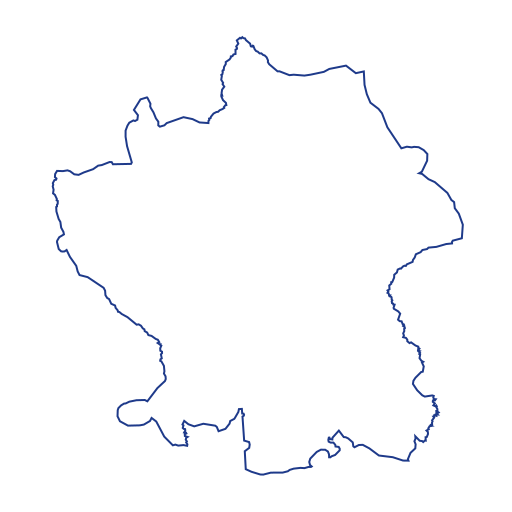 Wa Municipal, Upper West, Ghana (Natural Earth projection), rotated 272°
{"feature_id": "2480657B26357719954092", "entity_name": "Wa Municipal", "entity_type": "district", "adm_level": 2, "iso_a3": "GHA", "parent_name": "Ghana", "parent_adm1": "Upper West", "projection": "natural_earth1", "projection_center": [-2.475, 10.039], "detail": "fine", "context": "isolated", "style": "outline", "palette": "blue", "viewbox_px": 512, "rotation_deg": 272, "n_neighbors": 0, "source": "geoboundaries", "source_scale": "gbopen_adm2", "svg_char_len": 5969}
<svg xmlns="http://www.w3.org/2000/svg" viewBox="0 0 512 512"><g transform="rotate(272 256 256)"><path d="M334.1,54.2L330.9,52.4L327.8,52.3L326.5,53.9L325.3,53.6L324.8,51.9L321.7,50.4L320.1,50.9L318.6,50.4L315.2,51.4L311.5,51.0L310.1,52.9L306.0,55.0L304.7,54.8L304.1,56.0L301.2,56.0L300.3,55.3L298.6,55.4L298.0,54.6L293.5,55.0L286.1,57.5L283.2,59.3L277.5,60.3L273.4,62.7L270.9,63.3L267.9,58.7L264.4,56.8L263.1,56.6L256.1,58.6L253.9,61.0L253.7,62.5L253.9,64.5L255.4,66.5L248.6,70.1L239.9,76.7L234.4,78.3L230.8,80.3L229.0,88.5L218.9,104.8L216.1,106.4L211.6,106.9L208.9,108.7L207.8,110.7L203.2,113.0L201.6,116.9L199.3,117.5L196.8,119.7L195.5,120.0L195.2,121.5L193.3,123.9L190.4,129.7L183.2,139.1L183.6,141.1L182.3,143.5L179.7,145.4L178.8,147.0L177.0,147.4L175.7,149.9L173.2,151.2L172.5,154.4L169.6,158.7L168.9,160.8L166.6,162.3L165.6,160.8L164.4,162.7L164.5,163.7L163.5,163.7L163.1,164.5L160.5,163.5L158.0,163.7L157.1,165.4L155.6,165.5L154.4,164.4L150.4,165.4L149.4,164.1L147.9,163.9L147.4,165.1L143.0,167.8L137.6,168.5L135.3,168.1L132.6,169.8L129.9,170.1L127.9,169.4L120.6,162.1L107.0,152.5L108.2,149.9L107.7,141.6L106.0,134.5L104.1,130.9L103.9,129.3L102.0,126.4L99.2,123.8L97.1,123.2L91.0,123.2L86.1,125.8L82.0,134.0L82.7,145.8L83.6,149.8L87.4,155.8L90.5,157.3L87.1,162.1L72.3,170.6L63.9,179.5L64.7,182.0L63.8,184.9L64.5,190.2L63.9,193.8L65.4,194.0L67.3,192.7L68.3,193.4L70.0,192.2L71.9,192.6L72.8,193.9L73.6,191.2L75.4,191.0L76.2,192.6L77.1,192.1L77.2,190.4L79.2,191.4L80.5,191.2L80.7,189.8L81.6,188.8L84.2,189.4L85.0,188.4L88.7,190.0L85.5,194.3L83.6,200.2L86.5,209.2L85.0,221.2L83.8,222.8L79.6,224.7L82.2,231.5L87.5,235.4L90.2,236.0L92.5,240.0L93.7,240.7L99.5,243.8L102.4,244.3L102.7,247.2L98.1,247.7L98.0,249.1L96.9,249.6L96.0,249.4L95.1,248.1L71.1,250.6L69.8,255.6L67.3,256.3L64.0,255.9L60.5,251.6L42.6,253.2L40.2,259.0L37.8,267.9L37.8,270.9L40.0,278.4L40.5,290.3L42.0,295.4L43.4,297.1L44.8,301.1L45.8,307.7L45.7,311.9L47.0,315.8L47.1,318.3L47.6,319.0L49.0,317.3L52.0,316.4L55.4,317.3L62.3,323.5L64.7,327.6L64.8,331.9L63.1,334.7L60.3,335.9L57.4,336.1L57.4,337.3L58.5,338.6L59.9,342.0L64.7,346.4L66.3,346.4L68.1,345.3L68.4,342.1L70.1,341.8L72.2,339.9L72.1,337.1L73.0,335.1L74.7,334.7L77.0,335.1L77.1,335.7L75.6,336.3L75.3,338.7L77.1,338.8L84.4,344.9L78.1,350.0L78.0,352.0L76.9,354.5L73.1,359.2L69.2,359.9L68.3,361.1L70.7,365.4L71.0,369.3L67.7,376.0L60.9,385.8L59.7,399.7L56.7,410.1L56.8,415.5L58.3,414.9L64.7,417.3L69.3,421.9L73.4,422.1L76.4,420.8L79.1,421.8L81.4,421.5L77.1,426.0L76.8,428.6L75.9,429.6L77.5,431.2L77.4,432.1L80.8,431.8L81.1,433.0L84.1,434.1L86.2,433.9L87.5,432.5L88.9,434.7L89.8,434.2L91.9,435.4L92.3,437.2L92.7,436.2L93.4,436.5L93.7,437.9L95.7,437.7L96.9,438.2L97.9,437.7L100.7,439.7L101.7,438.9L101.8,439.5L102.9,439.6L102.6,441.5L103.6,441.0L103.8,443.0L104.6,442.0L106.0,444.0L106.7,443.0L106.2,441.7L107.5,441.6L107.8,442.7L109.4,442.6L111.5,441.3L112.0,441.9L112.9,441.4L112.1,440.5L112.9,438.5L114.9,439.9L116.4,437.8L117.3,437.8L118.1,438.2L117.9,439.8L119.1,440.6L119.2,438.9L120.8,438.1L122.4,438.5L122.8,437.0L121.4,429.6L122.6,427.0L127.4,421.8L133.6,417.3L136.8,417.7L139.9,419.6L145.8,425.1L146.2,426.7L151.5,427.5L155.3,425.6L156.1,426.8L157.1,424.9L159.6,423.0L163.4,423.5L163.8,422.6L165.0,423.3L166.1,422.0L166.7,422.8L167.2,421.2L168.9,421.4L168.6,422.2L169.1,422.6L170.0,421.4L171.1,421.3L172.1,418.5L175.1,414.0L174.3,412.5L176.1,410.2L177.7,410.1L179.4,408.7L180.0,405.9L181.8,406.6L183.8,405.8L186.1,406.8L188.4,406.6L189.0,407.3L190.1,407.1L191.1,405.6L192.0,406.5L192.9,406.0L192.9,405.0L195.8,403.8L195.9,401.9L197.3,400.2L203.4,402.1L205.6,400.1L208.1,395.6L209.0,395.3L212.2,396.2L212.3,394.9L213.2,394.7L213.6,393.6L215.5,393.2L216.5,393.8L217.3,393.1L219.1,393.0L219.8,392.7L220.3,391.2L221.3,391.5L221.2,390.4L223.3,389.9L223.8,388.7L225.3,389.5L226.2,388.7L227.4,390.6L231.2,390.2L233.0,392.2L234.5,392.0L234.8,393.1L239.2,394.8L242.1,394.8L244.5,397.4L247.4,398.1L248.6,400.5L248.4,401.3L250.8,403.4L251.5,404.8L251.3,406.1L252.9,407.0L255.6,412.7L257.5,413.0L260.1,414.7L263.3,415.7L265.6,420.4L267.8,422.1L268.9,426.7L270.4,428.1L271.4,435.9L274.6,445.7L275.4,451.5L276.9,451.4L278.2,452.1L280.9,461.1L294.5,461.6L305.4,457.2L310.7,453.0L316.8,452.1L318.8,449.3L325.7,445.1L336.1,432.1L338.8,425.7L343.8,419.2L344.4,416.2L346.0,418.8L357.2,423.7L363.9,423.7L367.7,419.9L370.4,414.8L370.6,410.2L370.0,407.8L370.5,403.0L368.7,397.5L389.2,382.8L403.1,376.9L407.3,373.3L413.2,365.0L421.6,361.1L430.8,358.5L444.2,357.3L442.2,349.4L449.4,339.3L445.5,322.7L442.4,317.4L439.1,304.1L438.0,298.1L438.5,287.3L437.9,283.1L441.4,273.0L441.3,271.1L448.1,262.5L450.2,261.1L451.8,261.2L454.9,259.7L456.8,257.6L457.1,256.2L458.7,254.3L458.6,252.5L460.3,250.6L460.8,249.0L462.5,247.5L465.9,246.0L466.1,245.4L465.1,244.7L465.4,243.5L468.0,242.7L471.4,238.4L473.1,237.4L473.3,235.7L474.2,234.7L472.9,233.4L473.5,232.4L470.8,229.3L467.6,230.9L464.7,228.9L463.1,229.8L462.2,229.6L461.5,228.3L457.2,228.5L456.6,226.4L454.9,225.5L454.6,223.9L453.4,223.9L451.5,222.7L448.8,219.0L446.8,219.1L443.9,217.5L440.7,217.2L440.4,216.3L439.6,216.0L438.8,216.4L436.4,216.0L435.7,215.0L434.7,215.6L430.9,215.1L427.9,217.1L426.6,216.6L424.1,218.4L421.1,216.3L417.4,215.9L415.2,216.6L415.3,215.7L414.2,215.8L410.6,217.6L408.0,220.6L405.8,221.1L405.5,220.0L403.7,218.7L402.9,219.1L401.7,217.4L400.4,214.6L398.8,213.1L398.5,211.4L396.9,208.6L393.6,206.1L392.2,205.8L391.7,204.3L390.4,204.6L389.4,203.8L387.2,203.8L387.5,194.9L390.6,187.8L392.2,178.7L385.7,162.1L383.4,159.9L381.9,155.4L383.1,153.8L386.8,153.7L390.0,151.2L396.0,148.5L400.1,145.8L401.9,145.0L404.5,145.2L410.1,142.1L410.7,141.5L408.5,135.1L397.7,128.9L392.6,133.1L388.1,132.7L386.7,130.4L387.2,128.7L384.8,124.7L381.8,123.0L376.8,121.3L370.6,121.5L361.3,123.3L345.2,128.6L343.7,127.9L342.7,109.8L344.8,108.5L344.8,106.4L341.5,98.7L340.8,95.1L337.1,90.2L333.5,81.0L330.9,75.9L331.3,71.5L334.2,67.3L335.0,64.6L334.1,60.1L334.1,54.2Z" fill="none" stroke="#1e3a8a" stroke-width="2"/></g></svg>